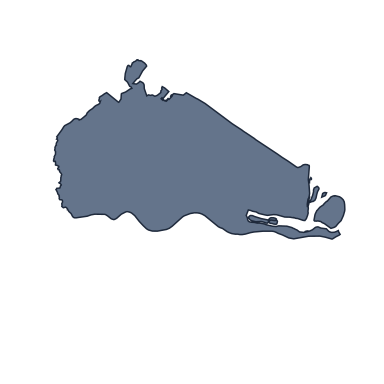 Pelalawan, Riau, Indonesia (Robinson projection), rotated 41°
{"feature_id": "22746128B44055596539945", "entity_name": "Pelalawan", "entity_type": "district", "adm_level": 2, "iso_a3": "IDN", "parent_name": "Indonesia", "parent_adm1": "Riau", "projection": "robinson", "projection_center": [102.105, 0.163], "detail": "fine", "context": "isolated", "style": "filled", "palette": "slate", "viewbox_px": 384, "rotation_deg": 41, "n_neighbors": 0, "source": "geoboundaries", "source_scale": "gbopen_adm2", "svg_char_len": 6008}
<svg xmlns="http://www.w3.org/2000/svg" viewBox="0 0 384 384"><g transform="rotate(41 192 192)"><path d="M331.6,126.8L328.9,125.9L327.7,125.1L326.8,127.3L325.9,128.9L324.3,130.5L323.4,131.2L321.4,131.9L320.1,131.9L317.6,131.6L312.9,134.7L310.3,135.5L309.6,136.0L308.7,137.1L308.3,138.0L307.7,141.4L306.6,143.9L306.1,144.9L302.9,149.1L299.3,151.6L296.0,151.8L295.0,152.2L292.8,152.7L292.2,153.0L290.7,153.3L286.1,155.5L279.6,160.7L278.2,162.8L275.4,164.9L269.5,168.0L267.5,168.7L265.9,169.6L263.3,171.2L261.8,172.6L259.1,174.0L256.5,176.0L254.8,176.9L253.6,177.0L252.3,176.5L250.8,175.2L248.3,174.1L246.3,168.6L248.5,167.4L250.3,166.8L253.6,164.9L256.4,164.4L262.3,161.3L264.3,160.1L268.3,155.6L270.7,153.7L278.5,150.0L282.6,146.6L283.4,146.2L285.9,144.6L285.8,144.4L287.6,143.8L289.1,142.7L294.5,140.5L295.9,139.5L295.8,137.1L294.5,133.7L293.5,131.7L292.1,130.4L290.5,128.0L289.3,126.9L288.6,127.3L286.9,125.5L284.3,121.4L284.0,120.0L283.2,118.2L281.7,115.9L275.9,110.1L271.7,106.4L264.0,96.0L263.0,95.1L262.2,95.5L261.3,95.6L259.3,97.0L258.1,98.6L257.5,101.3L256.3,103.5L255.7,104.2L254.5,104.6L244.1,105.7L236.8,106.8L231.6,107.3L205.8,110.7L204.0,110.7L191.1,112.4L189.2,112.5L177.5,114.1L143.9,116.6L135.4,118.1L133.8,118.6L122.6,120.8L121.9,124.6L113.8,129.6L113.2,132.0L113.9,132.1L113.9,132.4L112.8,132.4L112.8,132.8L113.0,133.4L113.2,134.0L113.4,134.0L113.4,133.5L114.1,133.4L113.9,137.1L112.6,137.1L112.6,138.7L112.8,138.7L112.9,139.2L113.1,139.0L113.1,140.1L112.1,140.1L112.1,141.0L110.0,141.0L110.0,141.9L107.5,141.9L107.5,140.5L108.8,140.5L108.6,131.4L103.2,131.4L100.4,132.0L100.9,133.5L102.0,134.0L102.2,136.1L103.2,137.4L102.4,141.8L101.2,144.1L98.6,144.7L98.0,145.2L97.6,146.1L95.4,147.3L94.8,149.1L88.2,145.3L85.6,142.6L84.4,142.0L83.2,141.8L80.1,142.5L80.0,144.3L79.3,147.0L76.2,149.0L76.1,144.9L76.2,142.4L77.0,140.8L75.3,133.0L75.2,126.8L74.3,126.2L71.7,125.8L68.5,126.1L67.2,126.4L67.0,126.9L66.6,127.0L65.9,127.6L64.7,128.1L64.3,128.2L64.2,127.9L63.7,128.4L63.6,130.3L62.7,132.0L62.7,132.9L62.3,133.7L62.9,135.1L63.6,137.6L63.2,138.0L61.2,137.9L60.7,138.6L60.9,139.9L63.9,146.3L66.3,149.7L67.5,151.3L71.3,151.4L75.6,153.1L77.1,152.7L78.6,153.2L77.7,154.9L76.3,160.1L74.3,163.8L74.3,164.3L77.4,168.4L77.9,172.0L77.7,172.5L62.4,173.0L61.5,175.4L60.8,178.5L60.1,180.3L60.1,181.5L60.9,182.4L61.4,183.7L62.0,184.3L63.3,184.3L63.4,183.8L64.2,185.7L63.9,187.3L62.9,189.4L62.4,191.3L62.2,194.2L61.2,197.9L61.0,201.1L61.7,203.2L60.6,210.1L59.7,211.1L59.6,211.7L58.7,211.4L57.7,211.8L56.2,212.7L55.4,213.9L55.0,215.0L55.0,216.5L54.6,219.7L52.4,225.4L52.4,226.9L53.0,230.6L53.7,239.1L54.8,239.4L55.0,239.7L55.1,240.9L55.6,240.7L56.5,240.9L57.0,241.3L57.5,243.9L58.2,245.2L58.9,245.6L58.8,246.6L59.3,248.2L60.3,249.3L60.8,250.4L62.8,251.2L63.2,252.0L64.2,253.0L64.8,255.7L65.7,256.6L66.0,257.7L67.1,259.4L67.9,259.5L68.4,258.6L68.9,258.6L70.7,260.3L71.1,261.1L71.3,261.2L73.2,260.2L73.9,260.3L74.6,260.0L75.1,260.5L75.2,262.3L75.5,262.6L76.5,262.9L77.1,262.3L77.5,262.4L78.8,263.5L81.4,263.9L82.4,264.5L82.6,265.6L83.3,266.4L83.5,267.1L85.7,269.8L85.8,270.7L85.5,272.3L86.1,272.4L86.3,272.0L87.1,272.1L88.6,272.3L88.8,272.5L88.7,273.7L89.2,274.5L89.6,275.8L87.5,278.0L87.8,278.6L87.7,279.4L90.4,280.4L92.1,281.5L93.9,281.7L94.5,282.5L95.3,282.9L95.8,283.8L96.4,284.3L97.3,284.5L98.6,283.5L99.4,283.3L100.0,283.6L100.9,284.5L101.4,286.3L102.6,287.3L103.2,288.3L105.2,288.3L106.5,286.4L107.5,286.2L109.1,286.4L109.5,287.0L109.7,286.8L111.9,287.5L114.9,287.6L117.9,288.8L119.0,288.9L120.0,288.7L121.4,287.6L128.8,279.0L130.8,275.5L133.2,272.5L140.7,266.2L141.4,265.8L143.8,265.4L148.7,265.2L151.0,264.2L151.6,263.4L152.4,261.3L153.2,255.1L154.9,250.9L155.5,249.8L156.4,249.0L158.4,248.0L160.1,247.5L164.3,247.4L171.5,248.8L177.4,249.4L181.8,249.6L184.1,249.2L187.7,247.5L191.6,244.2L197.3,237.0L198.7,234.2L199.5,230.8L201.2,216.9L201.8,215.0L204.8,209.4L207.5,206.1L209.5,204.4L211.7,203.0L214.0,202.1L217.3,201.4L234.7,200.9L236.7,200.4L238.9,199.5L244.5,198.9L246.4,198.4L249.3,197.3L252.5,195.3L253.9,194.0L256.1,192.7L257.9,191.1L259.9,188.7L262.8,184.3L265.0,181.5L271.4,174.9L278.1,169.1L279.8,168.0L281.7,167.3L284.2,166.7L288.3,165.1L295.1,163.2L299.5,160.6L309.0,148.9L316.3,142.4L317.4,141.4L322.3,138.6L328.5,135.7L328.8,135.3L330.0,131.3L331.4,127.9L331.6,126.8ZM310.4,129.7L312.6,129.0L320.7,128.3L322.4,125.6L323.1,123.8L323.0,119.5L323.3,115.8L321.7,110.5L319.7,106.2L318.8,104.9L315.5,101.4L313.4,99.6L311.3,98.7L308.9,98.5L306.5,98.8L302.6,100.8L302.4,101.4L301.9,101.4L301.1,102.5L300.1,104.6L300.1,110.3L299.7,110.8L299.5,113.0L299.4,114.5L299.6,115.3L298.5,119.6L298.5,122.3L298.6,123.4L298.4,124.0L299.3,127.4L299.8,128.6L302.6,133.3L303.5,133.5L305.3,132.1L305.9,131.3L308.6,129.8L310.4,129.7ZM255.7,174.6L259.6,172.6L263.3,169.1L264.9,168.1L269.2,166.3L269.3,164.9L268.9,163.6L267.6,163.3L261.6,166.7L255.2,169.5L253.2,170.1L251.6,171.3L251.2,172.3L251.2,173.7L252.1,174.5L253.9,174.9L255.7,174.6ZM287.9,122.3L289.0,120.2L289.5,119.9L290.2,117.7L289.5,115.1L287.7,111.9L286.5,109.3L285.9,106.6L285.3,105.8L284.0,105.5L282.7,105.6L281.6,108.8L282.4,110.8L283.5,112.0L285.2,115.3L286.7,119.5L287.3,121.6L287.9,122.3ZM272.2,164.0L273.0,163.3L274.8,162.5L276.6,161.2L276.9,160.3L275.9,158.3L275.4,157.9L274.3,157.9L273.6,158.9L272.7,159.7L270.4,161.1L269.2,162.8L269.7,163.5L269.8,164.6L270.3,164.7L272.2,164.0ZM268.7,162.9L270.1,161.2L272.8,159.4L274.1,157.7L273.4,157.0L272.0,157.2L270.4,158.0L268.8,159.3L268.1,160.2L267.9,161.9L268.0,162.6L268.3,162.8L268.7,162.9ZM293.3,110.8L294.9,107.5L294.9,106.8L294.1,104.3L292.7,105.1L292.1,105.9L291.6,107.4L293.3,110.8ZM289.0,126.6L288.0,124.4L284.8,120.3L284.3,119.1L284.0,119.6L286.0,123.3L288.3,126.6L289.0,126.6ZM274.3,107.6L273.0,105.9L272.1,105.5L272.9,106.6L274.0,107.6L274.3,107.6ZM303.7,147.5L304.8,146.2L305.4,145.3L305.3,145.2L304.7,145.6L303.8,146.7L303.4,147.4L303.7,147.5ZM273.8,104.1L273.1,103.3L272.3,103.2L272.4,103.6L273.2,104.3L273.7,104.5L273.8,104.1Z" fill="#64748b" stroke="#1e293b" stroke-width="1.5"/></g></svg>